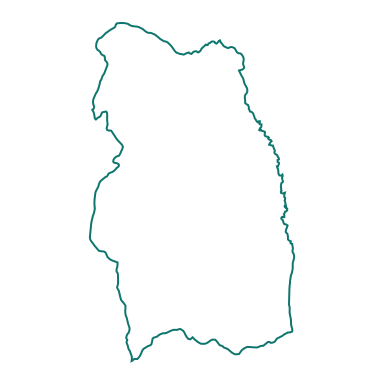 Buritis, Minas Gerais, Brazil (Equal Earth projection)
{"feature_id": "56859067B61021153009165", "entity_name": "Buritis", "entity_type": "district", "adm_level": 2, "iso_a3": "BRA", "parent_name": "Brazil", "parent_adm1": "Minas Gerais", "projection": "equal_earth", "projection_center": [-46.564, -15.44], "detail": "fine", "context": "isolated", "style": "outline", "palette": "teal", "viewbox_px": 384, "rotation_deg": 0, "n_neighbors": 0, "source": "geoboundaries", "source_scale": "gbopen_adm2", "svg_char_len": 5949}
<svg xmlns="http://www.w3.org/2000/svg" viewBox="0 0 384 384"><path d="M283.0,181.2L282.5,180.2L282.0,177.6L282.7,176.1L282.4,174.6L281.6,175.3L280.6,175.6L279.4,175.4L278.7,174.2L278.4,173.1L278.3,170.8L278.0,169.2L277.3,167.8L277.0,166.5L277.8,166.7L278.4,165.1L279.0,163.8L278.9,162.7L277.6,161.9L277.6,160.0L278.9,159.4L278.7,157.8L277.8,157.0L277.4,155.4L276.3,154.5L275.5,154.2L274.7,153.4L274.4,152.1L274.9,150.8L273.7,148.0L272.9,145.5L271.8,145.5L269.1,144.7L269.7,143.3L270.7,142.0L271.6,141.2L270.8,140.0L269.1,139.6L268.2,138.6L268.9,137.7L268.2,136.8L266.9,136.7L265.5,136.2L264.7,135.5L264.7,134.0L265.0,132.8L264.8,131.7L261.9,130.8L261.1,129.9L260.2,130.5L259.3,130.1L259.9,128.4L261.3,126.9L261.5,124.4L259.6,124.1L259.1,123.1L259.8,122.5L259.8,121.2L258.6,121.3L257.5,122.1L256.6,121.2L256.1,120.2L254.7,118.2L254.4,116.9L253.1,113.4L252.1,112.3L251.0,111.7L249.9,111.5L249.5,110.0L248.8,109.0L248.9,107.6L248.5,106.1L247.9,104.9L246.9,104.5L245.2,103.1L245.1,101.9L245.2,100.6L244.8,97.7L244.9,95.9L245.6,94.4L246.5,93.4L247.3,91.8L247.3,89.6L247.0,88.1L244.9,84.4L244.0,82.0L243.4,79.2L242.7,77.6L241.1,75.0L239.0,70.5L239.9,70.1L240.8,70.1L242.7,69.3L243.6,68.6L244.2,67.4L243.2,64.6L243.1,63.4L243.3,61.9L243.6,60.3L243.7,58.7L243.3,57.2L242.4,55.5L241.4,54.2L240.6,53.5L238.9,53.3L237.5,52.7L236.6,51.8L235.1,48.9L234.4,48.1L232.2,47.1L231.1,47.0L227.8,48.1L224.2,46.4L223.2,45.5L222.2,43.9L221.1,42.8L220.4,41.8L220.0,40.4L218.8,41.0L217.6,42.7L216.5,43.6L215.4,43.2L214.4,41.8L213.5,41.5L211.5,41.6L210.2,42.8L208.5,43.5L207.8,44.9L206.9,45.2L205.9,44.6L201.7,48.5L200.4,50.8L198.5,52.4L197.4,52.1L196.7,51.4L195.1,51.3L193.9,51.6L192.9,52.3L191.5,53.9L190.2,53.6L188.8,52.5L186.5,53.2L183.8,54.6L179.7,53.8L176.6,52.7L175.2,51.5L171.2,45.9L168.1,42.8L166.6,41.8L163.7,41.1L162.2,40.2L160.1,38.9L157.7,36.7L157.0,36.3L155.9,35.3L154.7,34.5L150.9,32.9L148.7,32.9L146.9,32.3L145.4,31.3L142.5,28.9L138.6,27.0L137.4,26.7L132.3,26.1L129.6,25.1L128.4,24.1L127.3,23.7L124.5,23.1L120.3,23.0L116.9,23.4L115.9,24.5L115.3,26.5L114.5,27.5L110.3,29.9L105.7,33.2L101.6,37.4L98.8,38.7L98.1,39.4L96.9,41.8L96.3,43.7L96.1,46.4L96.5,48.3L97.4,49.7L99.0,50.8L100.1,51.9L101.2,54.0L102.2,54.9L104.3,55.9L104.9,57.2L104.8,58.8L105.1,60.2L106.6,61.9L107.4,63.4L107.5,64.8L106.8,66.8L104.3,73.3L103.4,74.8L102.7,75.6L101.3,79.5L100.2,81.2L99.6,84.3L98.1,89.4L97.1,91.6L96.0,93.2L93.9,97.9L93.2,99.9L93.0,102.1L93.2,103.9L93.6,105.2L94.2,106.5L93.7,108.7L92.3,109.8L93.6,112.1L94.3,114.9L94.6,117.1L95.0,118.7L95.9,119.5L97.6,117.9L98.4,117.4L99.4,117.1L100.6,115.9L102.0,112.5L103.6,112.0L105.1,111.7L106.4,111.7L107.0,112.8L107.2,114.6L107.1,119.8L107.6,124.7L106.8,127.2L106.7,128.6L107.1,129.9L108.5,130.5L111.0,130.6L111.9,131.7L116.4,138.6L117.8,140.4L121.3,144.0L122.3,145.3L122.9,147.1L122.1,149.5L121.5,150.5L120.7,152.6L119.2,155.6L116.6,156.5L115.7,157.1L114.5,158.2L113.5,159.7L113.2,161.7L114.3,162.8L116.9,163.2L118.8,164.4L118.9,165.9L118.2,166.8L116.3,168.3L115.0,170.0L114.2,170.6L112.6,171.9L109.6,173.0L108.6,173.6L107.9,175.0L106.9,176.4L105.1,177.3L100.7,180.9L99.9,182.0L99.0,184.1L98.1,187.1L96.5,190.0L95.6,192.0L95.3,193.3L94.5,200.0L94.4,204.0L94.7,207.1L94.8,209.0L94.1,212.5L92.9,215.9L91.3,222.7L89.9,237.0L90.0,238.3L90.3,239.4L90.7,240.4L91.7,241.9L92.9,243.3L94.4,245.5L98.8,250.7L101.0,251.3L103.2,251.4L104.1,251.6L105.1,252.2L105.8,253.0L107.5,257.0L109.3,258.8L111.7,260.3L117.5,262.4L117.5,265.8L116.5,269.6L116.6,271.7L117.3,272.4L117.9,274.1L118.0,275.6L118.1,282.7L117.9,284.6L117.1,287.1L117.4,288.3L118.9,291.1L119.5,293.6L119.9,295.6L121.0,299.7L121.8,300.9L123.5,302.8L125.4,305.5L125.5,308.0L125.2,310.5L125.4,313.5L125.7,315.3L126.8,318.1L128.1,323.7L129.6,328.1L129.3,331.0L128.5,332.9L127.5,334.0L126.9,335.2L126.4,336.7L126.2,338.0L127.3,340.0L126.6,341.6L126.6,342.8L127.6,345.2L128.5,348.7L129.0,349.8L129.6,350.5L131.8,356.4L131.9,358.9L131.6,361.0L132.6,360.5L134.4,358.9L137.3,359.0L138.2,358.1L139.9,356.0L141.1,353.5L142.2,350.7L143.5,348.9L147.8,346.2L150.3,345.3L151.4,344.3L152.0,342.0L152.6,338.7L153.5,337.8L157.3,336.5L158.3,335.5L160.0,334.4L162.0,333.6L163.1,333.2L164.4,333.3L166.5,332.9L170.1,331.1L172.8,330.0L173.7,329.8L176.8,329.9L179.8,329.0L180.8,329.2L182.9,330.6L183.8,331.6L184.5,332.7L185.0,334.0L186.5,336.7L188.2,338.8L189.1,339.1L190.3,339.3L192.6,337.3L194.7,339.5L195.9,340.4L197.5,341.8L200.4,343.5L201.3,343.8L204.7,343.8L205.8,343.5L207.7,342.6L210.9,340.3L212.6,339.6L215.0,339.7L216.1,340.5L219.4,344.8L220.1,345.3L222.5,346.1L223.6,347.3L224.5,347.8L227.3,348.8L228.4,349.6L231.8,352.5L234.2,354.0L235.2,354.3L238.0,354.2L239.1,354.0L241.6,350.4L242.5,349.6L244.6,348.1L247.3,346.9L256.6,347.5L258.0,347.2L260.4,346.1L261.6,345.8L263.3,345.8L267.8,342.1L268.8,341.9L270.0,342.2L270.9,342.9L273.4,342.4L274.6,341.8L275.3,341.0L276.6,338.9L277.5,338.3L282.3,335.9L284.4,334.3L286.6,333.2L287.6,332.5L290.0,332.4L292.1,331.6L292.4,330.5L292.2,328.8L291.3,325.8L291.1,324.5L291.0,321.2L290.9,319.6L289.6,312.7L289.7,307.6L289.0,304.6L289.4,289.2L289.7,284.9L290.0,283.5L290.0,281.7L290.7,276.7L291.1,274.9L291.8,273.1L292.6,269.4L292.7,267.7L292.7,264.0L292.8,262.8L293.8,259.2L294.1,257.6L294.1,256.0L293.5,253.4L292.8,252.7L292.5,251.5L292.9,248.0L292.5,246.4L292.2,243.8L291.1,243.6L290.4,242.9L290.8,241.3L288.7,240.3L288.0,239.4L287.9,238.2L288.0,237.0L287.4,233.7L286.4,232.9L285.7,231.8L285.9,230.2L287.6,225.5L286.7,224.8L285.8,224.3L284.4,224.2L283.6,222.9L282.9,220.4L281.3,218.7L281.5,217.5L282.3,216.8L283.3,217.2L284.3,217.1L284.4,215.8L283.9,214.0L284.6,213.2L285.1,211.6L286.3,211.2L287.2,210.3L287.2,208.7L285.8,208.0L284.6,206.6L285.0,205.5L286.1,206.4L285.4,203.5L285.2,201.9L284.6,200.5L285.1,199.2L285.2,197.9L284.2,197.0L284.4,194.6L284.9,192.7L282.7,193.5L281.1,192.9L280.9,191.6L281.6,190.8L281.0,189.5L281.3,188.5L280.8,186.9L281.1,185.6L281.1,184.2L281.5,182.9L282.6,182.3L283.0,181.2Z" fill="none" stroke="#0f766e" stroke-width="2"/></svg>